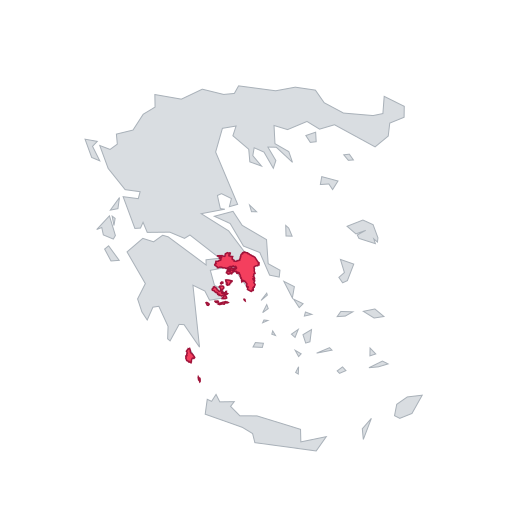 Attikis, Attiki, Greece shown in context, rotated 12°
{"feature_id": "26713481B5850386890635", "entity_name": "Attikis", "entity_type": "district", "adm_level": 2, "iso_a3": "GRC", "parent_name": "Greece", "parent_adm1": "Attiki", "projection": "robinson", "projection_center": [23.511, 37.081], "detail": "fine", "context": "in_parent", "style": "filled", "palette": "rose", "viewbox_px": 512, "rotation_deg": 12, "n_neighbors": 0, "source": "geoboundaries", "source_scale": "gbopen_adm2", "svg_char_len": 9769}
<svg xmlns="http://www.w3.org/2000/svg" viewBox="0 0 512 512"><g transform="rotate(12 256 256)"><path d="M348.2,73.2L369.9,78.8L372.0,89.5L359.2,98.2L360.4,111.2L349.8,124.5L305.5,111.3L291.8,118.7L277.9,113.8L260.6,125.8L246.5,124.6L251.2,142.2L266.4,147.1L272.2,156.8L253.2,145.4L245.0,147.0L255.6,158.5L254.7,166.6L242.2,152.7L231.7,150.5L232.0,158.5L242.7,166.9L230.4,165.2L226.7,153.1L208.4,143.2L209.5,133.0L196.6,138.1L194.9,162.7L227.3,209.3L219.7,213.3L220.0,204.9L209.3,202.2L205.7,204.8L207.8,209.6L211.3,217.1L215.8,216.7L193.6,226.0L224.0,237.1L243.2,253.8L255.8,258.0L259.8,288.6L256.0,290.4L235.1,271.0L214.3,279.5L221.5,293.4L230.3,295.6L234.5,303.2L219.8,308.9L213.3,300.9L200.4,297.7L219.7,356.9L199.9,338.1L195.0,338.9L189.6,356.9L186.8,355.4L184.6,343.1L171.4,325.4L165.8,327.5L162.9,341.2L156.0,334.4L149.1,322.6L153.5,306.0L129.0,278.8L141.6,262.3L152.9,263.4L160.4,255.1L166.1,255.5L209.1,275.2L207.9,270.1L220.9,265.7L187.0,249.2L182.4,253.6L166.7,250.6L144.7,255.5L138.5,246.5L137.2,252.7L131.8,254.2L113.7,225.6L128.9,224.4L129.3,217.2L114.2,218.3L93.2,201.1L80.2,180.4L91.1,182.1L97.1,175.4L94.1,165.8L109.5,158.4L116.2,140.8L126.3,131.3L123.5,119.1L150.4,118.1L168.8,104.0L190.8,104.7L201.0,101.5L203.6,93.2L240.9,90.3L259.3,82.7L279.6,81.4L290.8,91.9L311.8,98.0L341.3,94.3L350.5,90.3L348.2,73.2ZM250.9,406.2L265.0,403.0L262.4,408.4L273.5,415.7L290.1,412.2L335.6,416.3L338.5,428.5L362.3,418.1L355.4,434.2L293.7,438.8L289.6,430.4L278.5,426.5L239.2,421.3L238.1,406.3L242.8,407.4L245.7,399.7L250.9,406.2ZM224.2,217.1L236.1,228.9L262.9,237.8L269.5,261.0L282.4,264.9L283.1,271.8L273.3,271.9L259.0,251.8L241.7,248.9L224.0,229.6L207.0,225.8L224.2,217.1ZM364.0,201.0L371.5,212.9L371.9,217.1L367.6,214.7L370.2,219.1L353.1,217.4L350.7,214.4L358.0,208.1L349.1,213.6L338.9,208.0L353.1,198.6L364.0,201.0ZM430.4,384.9L424.7,383.4L424.5,371.8L433.3,362.4L447.5,357.6L441.3,377.6L430.4,384.9ZM350.5,261.1L346.3,264.2L341.5,259.7L345.9,253.8L339.3,241.8L353.3,243.6L350.5,261.1ZM104.3,247.2L114.2,265.2L112.9,269.1L102.3,267.1L99.2,260.2L94.7,263.2L104.3,247.2ZM83.4,195.4L74.8,193.8L64.5,177.3L76.9,176.9L73.3,182.7L83.4,195.4ZM320.6,165.6L317.1,175.1L312.3,170.4L304.1,172.7L303.8,164.7L320.6,165.6ZM383.3,283.1L393.7,288.6L384.4,292.1L372.5,287.8L383.3,283.1ZM291.1,131.7L285.5,133.6L279.7,127.8L288.6,122.5L291.1,131.7ZM109.7,276.7L123.1,288.7L115.2,291.0L106.5,280.7L109.7,276.7ZM326.6,328.7L322.7,330.8L318.3,323.2L325.6,316.4L326.6,328.7ZM299.9,278.0L300.3,289.5L288.5,275.0L299.9,278.0ZM402.6,390.8L399.1,413.1L395.9,402.9L402.6,390.8ZM111.1,238.4L104.0,241.4L110.3,227.2L111.1,238.4ZM216.9,367.8L208.5,369.1L210.3,360.3L216.9,367.8ZM389.7,341.8L401.5,332.5L407.6,334.1L398.7,339.0L389.7,341.8ZM348.0,298.4L350.5,292.6L362.3,290.5L355.8,296.2L348.0,298.4ZM312.6,319.0L311.1,327.5L306.9,325.1L312.6,319.0ZM312.0,292.9L309.0,297.5L301.8,290.4L312.0,292.9ZM287.2,229.1L281.2,230.2L278.7,219.9L282.2,221.9L287.2,229.1ZM331.3,141.8L326.4,143.2L320.8,138.8L326.1,137.0L331.3,141.8ZM281.4,339.8L281.2,344.1L272.0,345.6L273.4,340.8L281.4,339.8ZM349.9,332.3L335.5,338.4L347.0,330.4L349.9,332.3ZM275.2,291.9L270.2,298.4L274.2,290.1L275.2,291.9ZM322.7,301.5L315.8,304.7L316.0,300.5L322.7,301.5ZM367.8,349.4L362.1,353.4L359.3,351.5L363.7,346.5L367.8,349.4ZM393.5,326.9L388.2,330.0L386.7,322.3L393.5,326.9ZM278.9,304.9L274.3,310.0L276.6,301.3L278.9,304.9ZM110.4,248.5L110.7,255.7L107.0,246.9L110.4,248.5ZM320.5,342.3L318.6,345.5L313.9,340.1L320.5,342.3ZM247.4,212.6L242.4,213.6L239.1,207.5L247.4,212.6ZM237.3,276.9L233.5,278.2L231.4,276.6L234.3,273.4L237.3,276.9ZM281.0,316.6L276.4,319.9L277.1,316.9L281.0,316.6ZM320.7,355.5L321.9,362.7L319.0,361.7L320.7,355.5ZM291.6,329.7L287.7,329.2L287.9,325.8L291.6,329.7Z" fill="#d9dde1" stroke="#a8b0b8" stroke-width="1"/><path d="M218.3,263.8L218.3,264.0L218.5,264.1L219.5,264.1L219.9,263.8L221.1,264.0L222.6,264.4L222.7,264.7L222.5,265.1L220.6,265.3L220.7,266.1L221.8,266.1L222.4,266.6L222.3,267.5L220.7,268.2L220.3,268.9L217.9,269.6L218.1,270.0L217.9,271.3L218.5,271.8L217.8,272.2L217.4,273.2L217.8,273.7L220.3,274.6L220.7,275.5L221.4,275.4L222.9,274.4L224.8,274.1L226.2,274.5L227.2,274.1L228.5,274.1L229.0,274.4L230.1,274.3L231.4,274.6L231.3,274.3L230.0,274.0L230.2,273.7L231.2,273.5L231.4,272.9L232.3,272.3L232.8,271.6L234.6,271.5L235.0,270.9L235.6,270.8L235.9,270.5L237.1,271.1L237.6,270.7L237.9,270.9L238.0,270.4L238.3,270.4L239.3,271.3L239.4,272.0L239.1,272.2L239.3,272.4L238.7,273.1L237.8,273.0L238.2,273.3L237.3,274.0L237.4,274.8L238.4,275.0L239.0,275.5L239.3,275.5L239.3,275.2L239.7,275.0L240.0,275.2L239.7,275.6L239.8,275.7L240.5,276.0L240.9,276.1L241.1,275.7L241.3,275.7L241.2,276.1L240.4,276.3L240.9,276.9L241.3,276.8L241.8,276.6L241.5,276.6L241.6,276.2L242.0,276.4L242.5,276.3L242.7,275.9L243.1,276.0L243.4,276.4L243.2,276.8L243.0,276.7L243.0,276.4L242.9,276.4L243.0,276.7L243.9,277.4L244.0,277.6L244.5,277.8L244.7,278.1L244.7,278.8L245.0,279.0L245.0,279.6L246.1,280.5L245.8,280.9L247.0,281.9L247.0,282.7L246.4,283.0L247.0,283.0L247.2,283.5L247.3,283.1L247.5,283.0L247.9,283.9L248.3,283.5L248.6,282.7L249.0,282.6L249.6,283.2L249.8,283.2L249.9,282.9L250.3,282.9L250.4,283.3L251.4,283.7L251.5,284.0L252.9,285.1L253.0,287.3L253.3,288.0L253.8,288.3L254.5,287.7L254.9,288.0L254.5,288.8L254.6,290.5L258.7,291.7L259.2,290.9L260.3,290.4L260.5,290.1L260.5,289.8L259.8,289.4L260.1,289.3L260.2,288.9L259.7,287.4L260.2,286.8L260.7,286.8L260.6,286.1L260.9,285.5L261.1,284.1L259.4,282.5L259.9,280.6L259.2,280.3L259.3,279.7L258.9,279.7L258.9,280.0L258.4,279.9L257.7,279.0L258.1,278.7L259.2,278.6L259.3,278.1L258.7,277.2L257.6,276.8L258.0,276.1L257.6,274.8L257.7,273.9L258.7,273.3L257.3,270.9L257.2,269.3L256.5,268.1L256.4,267.3L256.7,266.7L257.7,265.8L258.8,265.3L259.7,265.2L260.0,264.3L260.8,264.0L260.6,263.7L260.2,263.7L259.9,263.1L260.1,262.6L260.5,262.5L260.5,262.1L259.6,261.7L258.6,260.9L255.2,257.5L253.1,256.7L252.5,256.9L251.4,256.2L249.9,256.0L248.7,255.3L247.8,255.5L247.2,254.6L245.7,254.8L245.1,254.6L244.5,254.8L243.5,254.5L243.2,255.4L242.3,255.5L242.1,255.9L242.3,256.7L241.6,256.9L241.0,258.1L241.1,258.8L240.9,259.9L241.1,259.9L241.0,260.4L241.2,260.7L240.9,261.5L241.2,262.0L240.6,262.8L240.7,263.4L240.8,263.5L239.4,264.3L238.5,264.4L238.3,265.1L237.5,265.4L235.7,265.6L235.7,265.0L235.3,264.6L234.2,264.4L233.3,264.0L233.2,263.5L233.4,263.2L233.1,262.0L233.2,261.6L232.6,261.8L232.4,261.8L232.5,261.5L231.4,261.6L230.9,261.8L230.2,261.3L229.4,261.4L229.2,260.5L230.1,260.1L230.1,259.7L230.3,259.2L230.3,258.5L229.8,258.3L228.8,258.9L227.2,258.7L226.4,259.7L225.7,260.0L225.5,260.4L225.7,262.4L225.5,262.9L223.4,262.9L222.6,262.6L222.1,263.0L220.9,263.1L218.3,263.8ZM211.5,362.3L210.3,360.2L209.8,360.7L209.0,360.7L209.1,361.1L208.4,361.9L208.2,362.6L207.7,363.6L208.7,364.7L209.0,365.4L208.6,366.3L208.7,366.8L209.1,367.5L209.1,367.8L208.6,367.9L208.1,368.5L208.7,369.6L208.5,370.4L210.0,372.7L211.3,372.9L212.0,373.5L212.4,373.2L212.7,373.7L213.6,373.5L214.6,374.0L214.8,373.0L214.5,371.4L214.9,369.3L215.6,368.9L216.5,369.2L217.1,368.2L217.1,367.9L214.8,365.7L213.1,364.5L212.7,364.5L211.9,363.7L211.6,363.2L211.5,362.3ZM231.6,304.7L232.7,304.6L235.1,304.0L235.9,303.4L235.6,303.1L235.9,302.6L234.9,301.4L234.0,301.3L233.9,300.8L232.4,299.9L230.5,299.4L230.1,299.4L230.0,299.0L230.9,298.9L231.3,298.5L231.3,298.3L229.1,296.9L229.9,296.7L230.1,295.6L230.8,294.8L231.2,293.9L230.6,292.6L229.8,292.3L228.2,292.6L227.1,292.8L227.0,293.2L226.4,293.6L226.4,293.9L227.2,294.2L228.2,295.3L229.0,297.2L227.5,298.2L226.8,298.1L226.2,297.4L225.0,297.1L224.4,296.0L223.6,295.5L221.6,294.7L220.9,295.1L221.1,295.6L221.0,296.2L220.3,296.6L220.0,297.5L220.1,298.1L220.5,298.6L222.4,298.7L222.7,299.2L223.9,299.9L224.8,299.8L224.7,300.2L224.9,300.3L226.1,300.1L226.5,300.5L226.5,301.5L227.2,301.7L227.9,301.4L228.2,302.2L228.9,301.9L230.7,302.3L231.5,301.6L232.9,301.9L232.9,302.7L231.6,304.3L231.6,304.7ZM236.2,273.5L235.8,273.1L234.5,272.8L233.8,273.1L234.0,273.7L233.8,274.0L233.1,274.1L232.2,273.7L231.3,273.8L231.3,274.1L232.8,274.4L232.4,274.9L231.3,275.2L231.5,275.5L232.0,275.3L233.2,275.5L233.9,275.0L234.8,275.0L233.6,277.0L231.8,276.7L231.2,276.9L230.9,276.7L230.9,277.3L230.6,277.7L230.9,278.2L230.6,278.6L232.1,279.1L232.5,279.6L234.0,278.9L234.5,278.3L235.7,278.5L235.5,277.6L236.3,277.6L236.7,277.0L236.7,276.1L238.3,275.8L236.7,275.7L237.2,275.5L236.3,275.2L236.1,274.9L236.9,273.1L236.2,273.5ZM234.4,285.2L231.6,285.6L231.3,285.8L231.8,286.7L231.7,286.7L232.0,287.6L233.1,288.0L233.3,288.3L233.6,289.2L232.8,289.5L232.9,289.8L234.0,290.6L236.1,289.5L235.9,288.6L236.3,288.0L236.8,287.6L236.6,286.8L237.5,286.4L237.9,285.7L237.8,285.3L234.4,285.2ZM238.5,307.3L237.1,306.9L236.5,307.3L235.8,306.9L234.3,307.7L233.3,308.0L232.1,308.8L229.8,309.9L229.3,310.5L228.8,310.8L229.3,311.0L230.1,310.8L230.3,311.1L231.9,310.5L232.6,309.9L234.9,309.8L235.1,309.6L235.1,308.5L237.9,307.8L238.5,307.3ZM236.1,298.7L235.2,298.5L234.3,297.7L234.1,297.1L234.3,296.7L234.2,296.7L233.7,297.1L233.7,298.0L232.5,298.6L231.6,298.5L231.6,298.8L232.7,299.5L233.2,300.1L233.3,300.1L233.1,299.6L233.4,299.5L234.6,299.9L235.5,299.5L236.1,298.7ZM218.8,312.0L217.7,311.7L217.4,312.1L217.0,311.9L216.8,312.1L218.6,314.3L219.6,314.2L220.2,313.2L220.2,312.8L218.8,312.0ZM225.6,387.2L224.7,386.2L224.7,386.8L225.6,389.1L226.8,390.0L227.2,390.8L227.4,390.5L227.2,389.2L226.8,387.7L226.3,387.1L225.6,387.2ZM228.8,308.6L228.3,308.0L228.0,308.0L227.9,308.6L227.6,308.9L227.4,308.9L227.4,308.4L227.1,308.2L226.1,308.6L225.3,308.6L225.2,308.8L226.1,309.6L226.9,309.6L228.5,309.1L228.8,308.6ZM229.0,288.5L227.9,288.5L227.6,288.9L227.0,289.9L227.2,290.4L227.9,290.6L228.4,289.9L229.3,289.3L229.0,288.5ZM254.2,300.9L252.7,300.5L253.6,301.1L253.9,301.8L254.7,302.1L254.2,300.9Z" fill="#f43f5e" stroke="#9f1239" stroke-width="1.5"/></g></svg>